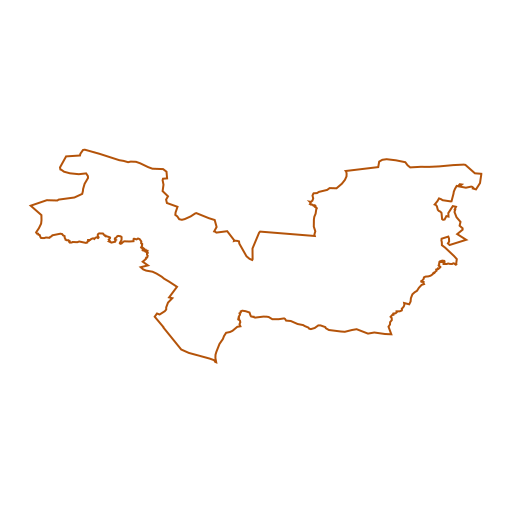 outline of Šķēdes pag., Saldus, Latvia
{"feature_id": "27541924B42319814490373", "entity_name": "Šķēdes pag.", "entity_type": "district", "adm_level": 2, "iso_a3": "LVA", "parent_name": "Latvia", "parent_adm1": "Saldus", "projection": "natural_earth1", "projection_center": [22.385, 56.877], "detail": "fine", "context": "isolated", "style": "outline", "palette": "amber", "viewbox_px": 512, "rotation_deg": 0, "n_neighbors": 0, "source": "geoboundaries", "source_scale": "gbopen_adm2", "svg_char_len": 6036}
<svg xmlns="http://www.w3.org/2000/svg" viewBox="0 0 512 512"><path d="M345.7,171.0L346.2,171.7L346.6,173.6L346.5,176.4L344.9,179.9L341.9,183.7L336.5,188.3L329.6,188.1L327.2,189.9L318.9,191.9L317.0,193.1L313.6,193.3L313.2,193.9L312.5,195.6L313.2,198.4L312.4,200.7L310.8,201.9L309.7,201.7L310.6,202.6L310.3,203.3L310.6,203.9L310.2,204.2L311.1,204.7L311.8,204.5L312.7,204.9L313.1,205.4L314.7,205.2L314.9,205.4L314.6,205.5L315.0,206.0L314.8,206.3L315.3,206.4L315.2,206.8L315.5,206.8L316.4,207.7L316.2,207.9L316.7,208.6L316.3,209.0L315.6,213.7L314.3,216.8L313.9,219.5L313.8,226.6L315.3,231.3L314.4,234.5L314.8,236.0L260.1,231.6L259.1,232.7L252.5,248.5L252.6,259.2L252.2,260.0L249.5,258.8L246.5,256.3L239.3,243.6L239.0,241.4L237.3,240.9L235.1,240.7L234.0,241.0L234.2,240.3L227.2,231.2L216.4,232.6L215.0,231.6L214.2,231.4L216.6,227.0L214.7,220.0L208.9,218.2L196.3,213.1L195.1,213.5L190.7,216.4L184.7,219.1L181.9,219.8L179.2,219.2L177.3,216.4L175.3,214.9L175.6,212.4L177.5,206.8L166.9,203.0L166.1,199.6L168.0,196.3L162.6,191.1L163.5,184.7L162.6,180.2L163.0,178.7L167.1,178.4L166.5,171.7L163.1,169.1L152.4,168.7L148.1,167.1L140.2,163.3L136.0,161.8L130.7,161.6L128.1,162.2L123.6,160.9L119.3,160.2L100.1,154.0L84.8,149.7L83.0,150.0L80.4,153.7L80.0,155.5L66.1,156.4L60.0,167.4L60.4,169.5L61.5,169.9L64.0,171.7L69.9,173.3L78.8,174.2L86.1,173.4L87.9,176.1L88.0,178.0L84.6,183.8L83.1,189.0L82.9,191.1L82.2,193.9L74.4,197.5L58.7,199.6L57.3,200.5L46.8,200.2L30.7,205.7L41.4,215.1L41.5,220.2L41.1,223.7L38.9,228.2L36.1,232.4L36.9,233.6L38.1,233.7L38.4,234.7L39.6,234.9L40.6,237.4L41.1,238.0L44.1,238.1L46.0,237.5L49.5,237.8L50.2,236.9L51.4,236.4L52.4,235.3L60.4,233.7L62.2,234.1L63.0,235.3L64.6,236.1L64.7,237.8L65.4,238.9L65.5,239.7L66.9,240.3L68.4,240.2L69.6,241.1L69.1,241.8L69.8,242.6L71.8,242.5L72.6,242.0L77.3,242.2L79.2,241.5L85.9,242.9L87.3,242.5L87.4,241.7L87.7,241.2L88.8,241.0L88.9,240.8L88.1,240.4L88.1,240.0L90.1,240.0L91.2,239.0L92.8,238.4L93.5,238.4L94.3,239.0L95.4,237.8L96.3,237.4L96.8,237.3L98.0,238.1L98.3,237.9L98.6,237.3L97.8,235.9L97.7,235.0L98.0,234.2L99.1,233.4L102.8,233.5L103.3,233.7L103.6,234.5L104.6,235.4L105.5,235.5L105.6,235.8L105.4,236.1L105.8,236.4L106.7,236.3L109.8,237.3L110.1,237.7L110.0,238.2L108.7,239.7L109.9,241.1L109.1,241.5L111.4,242.6L115.2,241.7L115.4,241.2L115.2,240.3L115.9,239.9L114.8,239.1L114.9,238.4L116.2,237.6L117.2,236.3L118.1,235.9L120.6,236.3L121.6,237.1L121.5,240.1L119.9,242.8L119.8,243.3L120.4,243.8L121.5,243.5L123.3,241.8L124.3,241.3L129.5,241.5L133.5,241.2L133.6,239.0L134.0,238.7L136.6,239.4L138.0,238.5L139.6,239.1L141.3,241.4L141.1,243.1L142.2,243.9L142.2,244.4L141.9,244.9L142.1,245.7L141.1,247.5L141.6,247.9L142.5,247.5L143.9,248.6L143.1,249.0L142.5,250.0L143.2,250.6L144.6,250.3L144.3,250.7L144.8,251.0L145.8,250.5L147.0,250.7L146.3,251.4L146.7,251.7L146.5,251.9L147.6,252.1L147.8,252.8L147.0,253.1L147.0,254.7L147.7,255.7L147.2,257.5L146.2,257.6L145.8,258.4L145.9,259.0L142.7,261.7L147.9,265.4L140.7,267.2L143.2,269.4L146.1,270.6L152.5,271.7L156.6,273.6L161.7,276.7L164.1,278.7L168.9,281.5L177.0,286.8L169.1,297.4L172.3,298.2L168.0,302.6L166.2,307.4L166.2,309.5L164.8,311.2L159.6,314.5L157.0,313.5L154.7,316.7L163.5,327.2L163.4,327.5L181.2,349.5L188.8,352.9L209.7,358.6L214.2,360.2L215.2,361.9L216.2,362.3L215.4,358.0L215.5,354.8L216.3,352.0L219.5,343.9L222.9,339.0L224.0,336.1L226.1,332.8L230.0,332.0L232.5,330.8L237.3,326.8L240.4,326.3L239.5,324.2L240.3,322.2L240.0,320.8L239.3,319.8L238.5,319.7L238.2,319.2L238.9,318.7L238.6,318.3L238.6,317.4L238.9,317.3L238.8,316.8L239.2,315.9L239.8,315.1L240.0,314.4L239.5,313.3L240.8,312.5L240.7,311.4L242.3,310.7L245.6,311.2L249.5,312.5L250.6,315.7L251.2,316.5L252.1,316.6L251.8,316.8L252.6,316.7L255.1,317.6L263.4,316.6L266.7,316.7L268.7,317.0L272.3,319.2L278.7,319.2L284.1,318.4L285.0,318.9L286.1,320.6L290.8,321.0L297.6,324.0L303.2,325.1L304.6,326.0L308.4,327.6L309.2,328.7L310.9,329.1L314.7,328.0L318.3,325.4L320.5,325.4L325.3,327.1L325.8,328.2L328.9,330.0L340.8,331.5L344.8,331.8L352.0,330.0L356.6,329.2L368.0,333.6L374.3,332.5L384.9,334.0L391.3,334.3L388.5,326.7L390.0,324.5L390.1,322.2L391.8,320.1L391.7,318.0L390.6,316.8L392.3,314.9L393.5,314.8L393.6,314.4L393.2,313.7L393.3,313.5L395.6,313.3L397.0,312.0L396.5,311.6L396.5,311.3L399.8,311.3L401.7,310.5L402.0,309.9L401.8,308.7L403.2,307.3L404.0,306.0L404.4,304.5L404.1,303.0L409.2,304.3L410.6,301.5L410.9,298.2L412.4,294.3L414.6,292.3L417.0,290.8L418.9,287.8L421.6,284.9L424.0,284.1L423.5,283.2L423.6,282.0L421.4,281.8L421.2,281.2L422.2,280.6L423.7,278.8L423.9,277.4L425.5,276.6L428.3,276.4L430.6,275.7L432.6,274.3L433.0,273.6L433.8,273.3L433.5,272.9L433.7,272.7L434.9,272.3L435.5,271.5L436.6,270.7L436.7,270.2L436.3,269.5L437.6,269.0L437.9,268.5L438.4,268.9L440.2,267.3L440.4,267.0L440.2,266.7L438.9,265.9L438.6,265.3L439.2,264.6L439.1,263.1L439.7,262.2L440.5,262.1L439.8,261.5L440.2,261.2L441.4,261.0L442.0,261.4L442.1,261.0L441.7,260.8L442.2,260.6L444.3,260.9L444.6,261.9L443.3,262.8L444.2,263.4L443.9,264.0L446.8,264.0L448.1,263.5L449.8,263.9L452.1,264.0L453.1,263.4L453.8,263.3L455.8,264.7L456.4,264.3L456.2,263.4L456.8,259.1L454.0,256.0L445.1,247.6L441.9,245.2L441.8,242.0L441.4,240.5L441.6,238.7L448.3,236.6L449.0,238.5L449.1,241.6L447.9,243.4L449.6,245.0L466.2,239.8L457.2,234.1L462.6,229.7L462.6,228.3L459.6,225.7L460.5,221.9L456.5,217.2L454.5,212.0L455.2,209.7L454.7,209.5L456.0,206.8L452.8,206.1L448.3,213.1L448.5,216.6L446.4,216.1L444.6,219.5L443.1,219.8L442.1,219.1L441.5,212.9L440.3,211.6L438.8,210.9L437.8,209.8L436.9,206.3L435.9,205.0L434.7,204.5L437.4,201.2L439.0,198.4L441.1,199.2L442.6,200.2L450.6,201.4L451.5,201.3L453.5,193.7L453.8,191.7L455.0,188.8L456.7,185.9L458.1,186.2L459.8,184.2L461.8,184.5L459.4,186.5L465.9,187.7L471.2,186.6L472.3,186.9L473.3,187.8L472.9,188.5L476.0,189.4L480.0,183.1L481.3,174.3L481.3,173.8L474.9,173.3L465.4,164.9L463.8,164.6L453.3,165.1L439.2,166.4L428.7,166.9L420.8,166.8L410.2,167.4L407.6,165.3L405.3,162.2L395.9,160.3L386.6,159.2L382.3,159.8L379.2,161.6L378.2,167.1L345.7,171.0Z" fill="none" stroke="#b45309" stroke-width="2"/></svg>